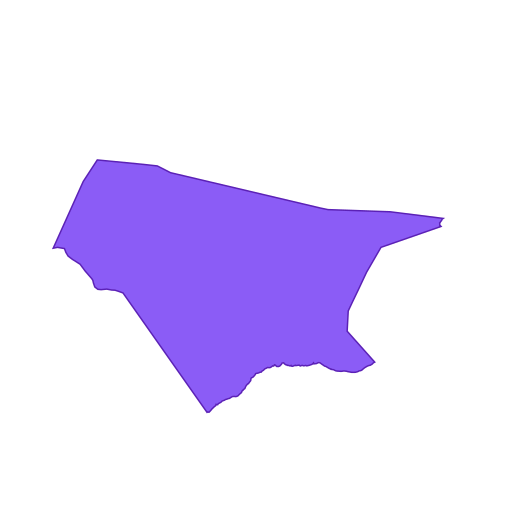 Ngeruluobel, Airai, Palau, rotated 251°
{"feature_id": "81905179B90317674654188", "entity_name": "Ngeruluobel", "entity_type": "district", "adm_level": 2, "iso_a3": "PLW", "parent_name": "Palau", "parent_adm1": "Airai", "projection": "albers", "projection_center": [134.513, 7.38], "detail": "fine", "context": "isolated", "style": "filled", "palette": "violet", "viewbox_px": 512, "rotation_deg": 251, "n_neighbors": 0, "source": "geoboundaries", "source_scale": "gbopen_adm2", "svg_char_len": 2401}
<svg xmlns="http://www.w3.org/2000/svg" viewBox="0 0 512 512"><g transform="rotate(251 256 256)"><path d="M124.1,158.8L124.3,159.6L123.9,160.1L123.6,160.8L124.2,162.0L125.1,163.6L125.9,164.9L126.4,166.1L127.1,167.5L127.6,169.1L128.7,170.0L128.1,170.5L127.9,171.4L128.6,172.1L128.9,173.7L129.0,174.8L129.4,175.9L129.9,176.7L129.9,177.8L129.9,179.1L130.2,180.3L130.2,181.1L130.1,182.1L130.2,182.9L130.1,183.8L130.0,184.6L130.3,185.8L130.7,187.3L130.7,188.3L130.3,189.7L129.7,190.9L129.5,192.1L129.7,193.6L130.6,195.2L131.6,197.8L132.7,198.7L133.3,199.5L133.2,199.9L133.8,200.7L134.3,202.3L135.9,203.7L137.0,205.0L137.2,205.6L137.8,206.4L137.7,207.3L138.4,208.1L139.0,209.0L139.8,210.3L140.4,210.7L141.1,211.0L142.0,211.5L142.3,212.1L142.3,212.9L142.5,213.9L143.2,215.2L144.2,216.8L144.9,217.3L144.9,218.1L144.7,219.2L144.6,220.5L144.8,221.9L144.5,223.2L145.3,224.4L145.5,225.8L146.4,227.5L146.5,228.8L146.8,230.6L146.2,231.9L145.9,232.9L146.0,233.9L146.7,236.0L146.3,236.4L146.4,237.4L147.1,238.0L146.5,238.8L144.9,239.5L144.2,241.1L144.2,242.6L145.4,244.9L146.3,245.8L146.0,247.4L144.9,247.7L143.4,248.8L143.0,249.7L142.4,249.9L142.1,250.9L141.1,252.2L141.1,253.5L140.5,253.4L139.8,254.7L139.9,257.6L139.4,257.9L138.8,261.2L137.6,262.0L137.6,264.0L136.6,265.4L136.3,267.5L135.6,268.2L135.3,270.8L135.3,273.7L136.2,275.6L135.2,275.5L134.8,277.2L134.6,278.2L134.9,279.9L134.7,280.8L134.1,281.8L132.6,282.8L129.6,285.0L128.5,286.5L127.4,287.2L126.8,287.9L125.7,288.7L124.8,290.1L124.4,290.0L123.2,292.4L122.6,292.9L121.5,294.0L120.8,295.2L120.2,296.7L119.6,298.0L119.1,299.4L118.7,301.7L118.1,302.9L117.6,304.0L116.8,305.1L116.0,306.6L115.0,308.3L114.3,310.2L113.7,312.1L113.5,314.5L113.8,316.3L113.5,317.7L113.7,319.1L114.4,320.7L115.0,322.4L115.6,325.3L115.7,327.0L115.5,328.4L115.9,330.5L116.8,332.3L117.0,333.7L155.2,317.7L174.0,325.3L181.0,332.1L190.8,341.8L204.6,355.2L223.5,377.0L223.7,440.6L224.6,440.2L224.9,439.7L227.2,440.4L227.5,440.4L227.9,441.2L228.5,441.9L229.1,443.0L230.2,443.9L230.6,445.2L254.1,397.3L276.4,339.2L280.5,332.3L362.6,202.3L373.3,192.0L379.3,179.3L398.5,137.2L382.7,116.9L329.4,66.8L328.8,71.1L325.4,77.3L321.4,77.4L317.1,78.3L312.6,81.3L305.5,87.0L297.3,89.6L288.1,93.3L286.1,93.8L283.5,93.5L279.2,93.5L276.0,95.6L274.6,98.6L273.3,104.1L270.8,108.5L269.6,111.5L267.6,114.2L264.4,118.2L201.8,136.3L124.1,158.8Z" fill="#8b5cf6" stroke="#5b21b6" stroke-width="1.5"/></g></svg>